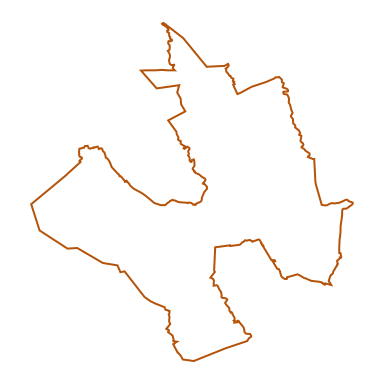 the district of Temixco, Morelos, Mexico
{"feature_id": "50627088B89328019749964", "entity_name": "Temixco", "entity_type": "district", "adm_level": 2, "iso_a3": "MEX", "parent_name": "Mexico", "parent_adm1": "Morelos", "projection": "orthographic", "projection_center": [-99.256, 18.848], "detail": "fine", "context": "isolated", "style": "outline", "palette": "amber", "viewbox_px": 384, "rotation_deg": 0, "n_neighbors": 0, "source": "geoboundaries", "source_scale": "gbopen_adm2", "svg_char_len": 5953}
<svg xmlns="http://www.w3.org/2000/svg" viewBox="0 0 384 384"><path d="M84.8,146.1L84.0,147.8L82.2,147.9L81.6,148.3L79.4,148.7L79.0,152.2L79.3,153.8L79.1,154.8L79.5,156.2L79.6,156.6L81.8,157.5L81.8,158.4L81.9,158.5L81.6,159.0L80.0,160.2L79.4,161.0L80.5,162.0L67.4,173.9L66.6,174.8L31.2,204.2L39.6,230.5L67.5,248.6L77.2,248.0L102.9,263.0L117.5,265.4L120.4,272.2L124.6,271.4L144.6,297.1L150.8,301.4L155.4,303.6L164.6,307.2L165.5,309.8L167.7,310.2L168.2,310.4L168.5,311.0L169.5,311.0L169.5,313.1L168.7,314.4L169.5,316.6L169.1,321.4L170.2,324.0L166.3,328.9L166.5,329.2L167.8,329.4L169.0,330.4L169.0,330.6L168.0,332.0L168.3,332.4L171.5,334.6L172.1,335.4L172.5,335.5L172.7,335.8L173.7,340.1L173.2,340.9L173.4,341.1L176.9,341.7L175.4,342.6L173.9,344.1L173.6,343.8L172.6,343.5L173.0,343.8L178.0,353.3L178.0,352.6L180.7,355.7L182.8,359.5L193.8,361.0L225.8,348.2L247.3,341.0L248.7,338.5L249.7,337.7L251.1,336.8L251.1,335.6L250.0,334.0L246.1,333.7L244.5,332.1L244.2,329.6L243.6,327.6L243.0,326.6L239.5,322.4L238.6,320.9L237.9,320.8L237.6,322.2L234.3,322.6L234.4,322.3L235.0,322.2L235.3,321.5L234.9,321.6L234.3,321.3L233.7,320.6L234.5,320.1L234.6,317.7L234.3,317.4L232.5,314.1L232.3,313.2L231.6,312.2L230.8,312.7L229.4,310.5L229.2,307.9L226.3,304.8L225.1,302.9L227.3,299.8L226.6,298.7L224.8,298.1L222.7,298.0L221.5,297.3L221.6,294.3L220.8,291.6L219.4,289.6L217.5,285.7L216.6,285.2L213.6,285.7L213.9,280.7L213.3,279.0L210.4,277.7L214.9,271.9L214.1,270.8L215.2,247.3L230.1,245.3L230.2,246.0L231.0,245.9L239.7,244.8L239.9,244.7L242.7,242.0L243.6,241.8L245.2,240.2L246.5,240.7L249.9,239.9L251.1,240.8L252.4,241.1L252.7,241.2L252.7,241.6L258.0,239.6L259.4,239.6L261.6,243.2L261.2,243.4L262.0,244.8L262.9,246.2L263.3,245.8L264.0,247.9L271.5,260.2L274.6,260.1L275.1,261.2L272.7,261.3L277.2,268.8L278.8,269.1L280.3,272.0L280.2,273.0L280.5,273.6L281.3,276.1L282.2,277.4L283.0,277.7L283.8,278.4L284.6,278.9L286.4,279.1L286.9,278.8L287.1,278.4L287.0,277.3L297.6,274.3L301.7,276.5L304.0,278.0L305.2,278.2L311.4,280.9L318.8,281.7L321.5,282.3L322.2,282.6L322.1,283.1L323.7,283.7L323.6,284.1L324.8,284.7L325.2,283.4L331.2,285.0L330.3,283.2L329.1,281.8L328.8,281.0L328.9,280.4L330.0,276.9L331.0,274.8L331.6,274.7L331.9,274.5L332.9,273.3L333.1,272.0L333.7,270.7L334.6,269.5L336.1,266.7L336.6,266.4L336.7,265.6L337.1,265.3L337.2,264.3L337.9,263.8L337.4,262.6L337.1,260.7L339.0,259.2L339.7,258.4L339.7,257.5L340.9,257.7L341.3,256.6L340.7,254.6L340.6,253.3L339.3,253.1L339.2,248.0L339.6,239.3L340.1,236.3L340.5,231.6L340.6,226.0L342.0,216.6L342.3,209.9L343.1,208.8L346.5,208.6L352.4,204.4L352.8,202.8L351.7,202.1L348.8,201.3L347.4,199.8L346.7,199.7L345.6,199.9L342.1,201.6L339.4,202.7L335.3,203.4L331.7,203.2L329.9,203.7L326.8,205.3L324.6,205.4L321.7,204.8L315.8,184.1L315.4,181.5L314.2,159.0L312.9,159.0L307.9,157.0L308.4,156.0L309.2,155.5L309.7,154.8L309.5,153.4L305.6,150.8L303.9,148.8L301.7,147.6L301.5,147.2L301.6,146.6L302.9,145.8L303.2,145.3L303.4,144.7L303.0,143.4L301.3,142.1L300.5,141.0L300.5,140.5L301.4,136.0L301.2,135.6L300.8,135.3L299.4,135.1L299.2,134.5L300.1,133.0L299.4,131.2L298.9,130.5L295.1,127.4L295.3,125.9L295.2,125.4L294.6,124.6L293.4,123.8L293.2,123.4L292.9,118.9L291.1,116.9L291.0,115.8L292.6,112.9L291.2,109.5L290.0,104.6L289.1,103.3L288.7,102.0L289.0,100.3L288.9,99.9L289.0,98.7L288.5,97.0L287.2,94.6L283.9,94.0L283.2,92.5L283.4,91.9L283.8,91.6L287.0,91.6L288.0,91.3L288.1,90.6L287.8,89.7L286.9,88.9L284.4,87.9L283.3,87.7L282.9,87.4L282.6,86.9L283.8,83.8L283.5,82.8L282.1,82.4L281.9,82.0L281.8,79.5L279.1,77.0L277.8,77.3L275.3,77.4L274.4,78.4L266.1,82.0L251.6,86.8L240.5,92.8L237.5,94.1L234.3,87.4L233.2,84.6L234.6,84.2L234.4,83.3L233.2,82.0L234.0,81.5L232.9,80.4L233.4,78.7L231.3,77.8L230.7,76.8L230.5,75.9L229.6,75.8L229.2,75.6L228.4,73.9L226.2,71.5L226.2,69.2L225.7,68.7L227.5,67.3L228.4,66.1L228.7,65.3L228.1,63.9L224.5,65.9L207.8,66.7L206.8,66.9L183.2,38.1L164.1,23.3L163.2,23.0L162.5,23.3L162.0,23.9L162.8,24.7L164.6,25.6L166.5,27.0L168.3,29.2L168.5,30.1L167.6,30.5L167.1,30.9L167.4,32.1L168.2,32.4L169.2,33.2L169.1,34.6L169.3,36.3L170.2,36.9L170.0,38.0L170.4,39.1L171.7,39.4L172.0,40.6L170.7,41.3L168.6,41.1L168.1,43.0L168.8,44.4L169.7,45.3L169.7,48.4L169.4,49.9L167.8,50.9L169.2,53.0L170.0,55.5L169.8,57.8L169.0,59.9L169.5,63.0L170.0,64.2L171.4,65.0L174.1,64.8L174.1,65.6L173.2,66.3L172.8,67.8L173.3,68.9L174.7,70.3L167.3,70.3L161.9,69.9L155.6,70.3L146.5,70.3L141.0,70.6L156.7,88.4L179.2,85.2L177.2,92.5L180.7,98.8L181.1,104.3L185.3,111.4L168.2,120.4L176.4,131.7L176.7,134.0L178.5,137.6L178.0,139.5L179.2,140.6L180.5,140.8L180.8,141.6L180.6,143.1L180.9,144.0L184.9,146.3L183.6,148.3L184.4,148.9L187.3,146.7L189.4,148.0L189.5,149.0L188.2,151.3L188.8,153.5L188.8,154.3L188.1,155.4L189.4,157.2L189.7,158.7L189.6,160.4L190.6,161.9L191.5,161.9L192.0,160.0L193.8,159.4L194.4,162.1L194.5,165.7L192.8,168.3L192.7,169.1L194.6,171.2L194.2,171.5L194.7,172.2L196.1,173.2L198.9,174.3L202.2,177.1L204.7,178.5L205.2,179.0L205.5,179.8L204.6,181.5L203.4,182.6L202.9,183.6L203.0,183.8L203.3,183.9L204.0,183.5L206.4,186.1L207.0,187.1L206.9,188.9L204.2,192.2L201.8,197.8L201.8,199.6L201.3,201.0L200.4,201.8L195.8,203.9L195.7,204.8L194.6,205.0L193.9,204.5L192.2,204.6L193.1,204.2L191.1,203.0L190.4,202.7L188.3,202.6L187.6,202.8L187.6,203.0L185.4,202.6L180.4,202.3L178.4,202.0L174.4,200.3L173.6,200.5L172.5,199.8L171.1,200.6L170.1,200.9L169.4,201.8L167.8,202.8L165.2,205.1L160.6,205.1L154.3,203.0L147.3,197.1L143.8,194.4L141.0,192.6L134.2,189.0L132.6,187.8L130.0,185.4L129.1,183.7L128.3,182.8L126.9,181.7L127.1,181.4L126.4,180.7L125.4,181.4L125.2,182.7L124.9,181.4L123.8,179.8L121.5,177.1L120.2,175.9L119.6,176.1L119.6,175.8L118.4,174.0L118.0,173.9L111.7,167.1L109.9,162.3L108.3,159.7L106.8,158.1L106.1,157.9L105.6,157.2L105.5,155.6L104.9,154.2L104.6,152.7L102.9,151.1L102.6,150.5L102.2,148.9L101.6,148.5L100.9,148.2L98.9,149.1L97.7,146.6L95.5,147.1L93.9,147.9L93.7,147.4L90.1,148.7L88.7,148.2L87.6,145.8L84.8,146.1Z" fill="none" stroke="#b45309" stroke-width="2"/></svg>